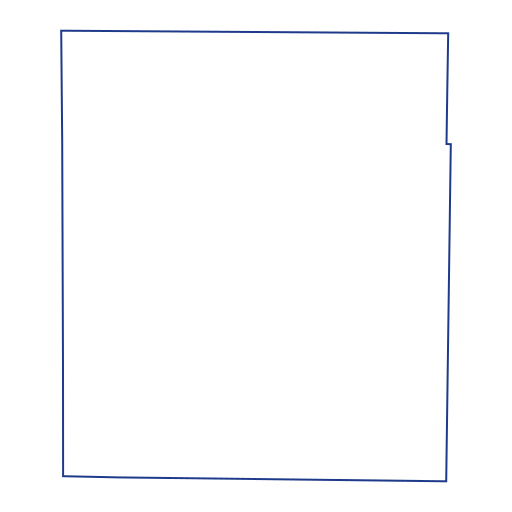 outline of Knox, Missouri, United States of America
{"feature_id": "52423323B21242866198825", "entity_name": "Knox", "entity_type": "district", "adm_level": 2, "iso_a3": "USA", "parent_name": "United States of America", "parent_adm1": "Missouri", "projection": "orthographic", "projection_center": [-92.125, 40.126], "detail": "fine", "context": "isolated", "style": "outline", "palette": "blue", "viewbox_px": 512, "rotation_deg": 0, "n_neighbors": 0, "source": "geoboundaries", "source_scale": "gbopen_adm2", "svg_char_len": 252}
<svg xmlns="http://www.w3.org/2000/svg" viewBox="0 0 512 512"><path d="M446.2,481.3L450.8,144.2L446.5,144.0L447.3,88.9L448.2,33.3L61.2,30.7L62.2,141.5L63.0,369.3L63.1,476.2L118.6,477.4L446.2,481.3Z" fill="none" stroke="#1e3a8a" stroke-width="2"/></svg>